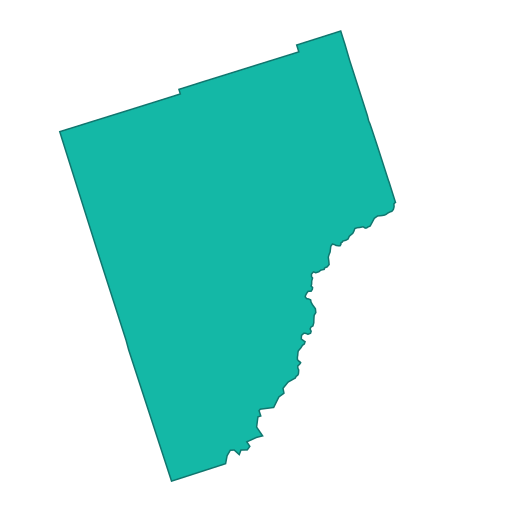 Big Horn, Wyoming, United States of America, rotated 72°
{"feature_id": "52423323B54143119703480", "entity_name": "Big Horn", "entity_type": "district", "adm_level": 2, "iso_a3": "USA", "parent_name": "United States of America", "parent_adm1": "Wyoming", "projection": "orthographic", "projection_center": [-107.715, 44.584], "detail": "fine", "context": "isolated", "style": "filled", "palette": "teal", "viewbox_px": 512, "rotation_deg": 72, "n_neighbors": 0, "source": "geoboundaries", "source_scale": "gbopen_adm2", "svg_char_len": 2137}
<svg xmlns="http://www.w3.org/2000/svg" viewBox="0 0 512 512"><g transform="rotate(72 256 256)"><path d="M444.0,405.9L444.1,349.1L437.0,345.2L432.8,340.5L433.8,336.7L439.7,333.3L435.9,330.3L437.7,324.2L435.1,320.7L429.9,322.2L428.7,311.5L429.1,305.3L418.9,308.3L409.6,303.9L409.6,300.9L404.0,300.9L403.0,299.3L405.5,286.0L397.1,277.8L395.1,271.8L390.2,271.2L386.1,264.9L385.7,264.0L385.1,260.8L384.5,258.0L384.3,256.5L382.8,254.9L382.3,253.2L381.2,252.1L379.4,251.3L377.5,250.6L375.6,250.9L373.4,250.2L372.5,248.1L371.3,246.5L369.8,247.1L369.9,247.4L369.2,247.9L368.1,248.3L367.3,248.6L365.0,247.9L363.3,247.0L360.9,246.0L359.4,245.2L357.2,241.7L355.3,239.4L354.6,237.2L352.6,235.8L351.7,236.6L348.9,238.6L345.5,237.2L344.2,234.2L345.2,232.2L346.5,230.8L346.3,228.0L344.6,226.8L342.1,227.1L340.5,225.6L340.1,223.5L337.4,221.7L333.5,220.3L330.3,219.0L328.3,216.6L324.5,215.8L322.0,216.6L320.0,217.3L316.9,217.9L314.6,217.6L313.0,219.4L312.3,220.9L310.7,221.6L310.0,221.8L308.5,220.8L307.0,219.2L305.7,217.4L306.5,214.4L305.1,212.7L303.4,211.9L301.6,212.9L300.0,211.8L296.9,210.7L294.4,209.0L292.8,209.6L290.3,208.8L289.2,206.9L288.9,206.1L290.4,204.4L290.4,201.1L289.5,198.8L289.6,197.1L289.8,195.3L288.8,194.7L288.4,193.6L288.4,191.8L286.7,189.1L283.6,188.4L279.4,187.6L277.1,186.0L275.1,184.3L269.9,181.9L268.2,179.6L269.6,177.6L270.7,176.6L272.0,173.9L272.2,172.7L270.8,171.4L270.1,171.5L269.5,170.7L269.5,169.8L268.6,168.6L268.8,165.8L268.3,163.2L267.7,162.7L266.0,161.1L264.3,156.9L262.7,155.3L260.4,153.5L260.4,150.8L260.9,148.8L261.3,145.1L262.8,143.8L263.2,143.6L263.5,142.1L263.0,140.6L262.8,138.2L260.9,136.2L258.6,133.8L256.7,131.8L255.5,127.9L256.3,124.5L256.6,122.8L256.8,121.1L256.6,119.4L256.0,117.7L255.5,115.1L255.5,113.0L254.2,111.0L251.9,109.5L249.0,108.7L248.1,107.0L248.1,106.8L226.4,106.6L225.5,106.7L187.8,106.6L170.3,106.7L165.3,106.8L162.5,107.1L156.9,106.7L98.8,106.5L82.2,106.0L79.1,106.0L68.2,105.9L67.9,152.1L75.1,152.2L74.6,192.9L73.9,252.1L73.7,277.8L78.5,277.9L78.2,310.8L77.1,404.2L83.1,404.3L201.3,405.3L296.1,405.6L305.7,406.1L444.0,405.9Z" fill="#14b8a6" stroke="#0f766e" stroke-width="1.5"/></g></svg>